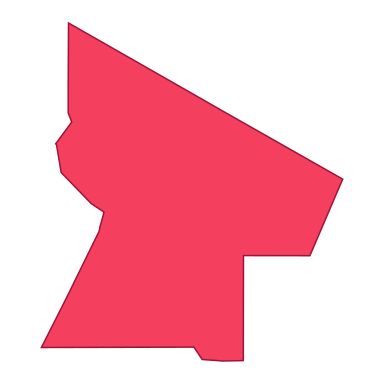 the district of Tibesti Est, Borkou, Chad
{"feature_id": "50815135B39039287340708", "entity_name": "Tibesti Est", "entity_type": "district", "adm_level": 2, "iso_a3": "TCD", "parent_name": "Chad", "parent_adm1": "Borkou", "projection": "robinson", "projection_center": [18.315, 20.82], "detail": "fine", "context": "isolated", "style": "filled", "palette": "rose", "viewbox_px": 384, "rotation_deg": 0, "n_neighbors": 0, "source": "geoboundaries", "source_scale": "gbopen_adm2", "svg_char_len": 452}
<svg xmlns="http://www.w3.org/2000/svg" viewBox="0 0 384 384"><path d="M342.7,179.1L342.4,179.0L221.4,110.3L207.1,102.1L68.5,23.0L68.2,86.4L68.2,112.8L71.7,122.1L55.7,143.8L56.5,144.8L61.2,172.6L75.6,187.4L91.2,203.6L104.0,212.1L101.2,222.6L99.8,227.3L99.7,227.9L99.2,231.1L67.0,296.8L41.4,347.5L193.9,347.1L202.2,359.5L221.6,360.9L222.1,361.0L243.3,360.6L243.5,255.6L309.9,255.7L342.7,179.1Z" fill="#f43f5e" stroke="#9f1239" stroke-width="1.5"/></svg>